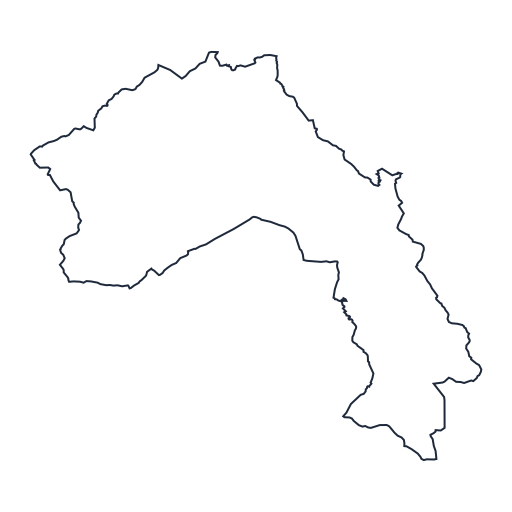 outline of Stulpicani, Suceava, Romania
{"feature_id": "2599482B89985911923271", "entity_name": "Stulpicani", "entity_type": "district", "adm_level": 2, "iso_a3": "ROU", "parent_name": "Romania", "parent_adm1": "Suceava", "projection": "equal_earth", "projection_center": [25.775, 47.4], "detail": "fine", "context": "isolated", "style": "outline", "palette": "slate", "viewbox_px": 512, "rotation_deg": 0, "n_neighbors": 0, "source": "geoboundaries", "source_scale": "gbopen_adm2", "svg_char_len": 5958}
<svg xmlns="http://www.w3.org/2000/svg" viewBox="0 0 512 512"><path d="M436.4,459.0L435.6,451.0L433.8,445.9L432.7,439.2L430.7,436.2L430.4,434.8L433.6,433.2L435.5,431.6L435.6,430.1L440.7,430.5L444.6,427.9L444.5,400.1L444.1,397.0L433.7,383.7L442.7,382.5L444.6,381.6L448.8,377.7L452.3,379.1L456.1,381.8L460.6,382.0L464.1,383.0L471.1,380.5L473.3,381.1L476.7,378.1L477.6,376.0L479.2,375.2L480.9,371.7L481.3,369.4L479.1,365.1L476.3,363.5L471.1,359.3L471.3,357.7L469.3,356.3L468.3,351.8L466.2,348.6L466.4,345.4L469.1,342.3L469.7,341.1L469.6,339.9L468.2,337.4L468.3,335.2L469.1,333.7L467.1,331.9L465.7,328.2L464.4,327.6L463.7,326.0L462.3,325.0L457.5,323.8L451.9,323.3L448.9,322.0L447.5,318.9L448.6,314.6L447.6,312.6L445.7,310.4L444.3,307.6L442.2,306.0L441.4,303.5L440.4,303.3L436.3,299.3L436.1,297.8L437.1,297.1L437.4,295.7L431.9,288.3L430.1,284.4L427.4,281.1L424.4,275.5L422.2,272.9L419.7,271.5L416.2,267.0L416.1,266.5L417.4,265.4L417.1,264.5L418.1,262.8L420.9,259.7L421.8,257.7L422.5,254.9L422.3,254.2L423.8,249.8L423.7,247.2L423.1,245.9L420.9,243.9L412.8,241.6L412.5,239.7L408.9,236.4L408.7,235.0L406.3,234.2L399.4,230.4L397.4,227.8L398.3,224.4L401.2,218.8L401.8,216.9L403.8,213.4L398.7,205.6L402.1,202.8L401.2,201.0L399.3,199.7L397.6,196.5L395.4,188.3L395.0,183.7L396.2,182.9L395.5,180.8L395.9,179.4L399.8,177.5L400.2,177.0L400.4,174.2L401.3,173.6L398.3,172.6L397.7,172.8L397.9,173.7L397.5,174.0L395.8,174.1L392.3,175.3L382.0,168.7L377.7,171.0L378.6,173.3L376.7,174.1L378.7,175.4L379.1,176.4L378.9,177.0L379.2,177.5L378.6,177.6L378.5,178.1L379.3,179.8L380.0,180.1L379.2,180.6L380.1,181.0L379.6,181.9L378.6,182.2L378.4,183.7L379.4,184.9L378.1,185.9L373.8,184.7L370.7,181.5L370.6,179.6L367.5,177.6L364.9,177.4L358.9,173.5L358.1,171.2L356.7,170.2L354.2,166.9L351.2,164.0L344.6,159.5L343.4,155.1L344.0,151.4L342.2,150.6L341.3,149.5L339.0,148.7L336.0,145.9L332.9,145.3L327.9,141.4L323.0,140.2L317.9,137.1L315.7,131.4L316.9,129.8L316.8,128.8L314.7,128.3L312.9,120.2L308.7,120.6L302.4,112.2L297.0,105.9L296.9,103.7L294.2,97.7L292.8,96.7L289.3,96.1L286.6,94.6L284.1,91.3L284.3,90.5L283.8,90.1L284.1,89.3L283.1,87.8L283.4,86.9L282.4,86.4L282.4,85.6L281.2,83.9L280.3,83.6L279.9,82.6L276.0,80.1L277.5,76.5L277.7,74.4L277.6,70.1L277.1,68.3L277.3,64.5L276.6,62.9L277.1,62.0L276.2,60.4L276.5,59.4L276.1,57.9L276.6,56.2L270.2,55.0L264.1,55.3L262.2,56.8L259.8,57.5L257.7,57.4L254.9,58.6L255.1,59.5L254.3,59.9L255.4,62.6L254.7,63.3L245.1,66.7L240.6,65.4L238.2,66.1L237.0,65.9L235.4,68.5L235.2,69.5L233.4,70.3L232.2,70.2L231.3,69.3L230.8,66.9L228.5,66.2L228.8,65.2L226.9,65.6L226.4,64.6L222.2,65.8L219.9,65.6L218.6,61.8L215.2,57.4L215.5,55.0L217.3,53.2L217.7,52.1L211.5,51.9L209.0,52.6L205.4,61.6L199.7,63.8L195.4,68.5L189.8,71.2L185.7,76.0L181.9,78.6L170.2,70.0L158.4,65.0L158.2,67.6L157.5,69.7L154.5,72.3L144.6,77.7L142.2,81.9L139.4,85.0L136.8,86.6L135.7,88.7L134.8,89.4L132.3,90.2L125.7,88.8L121.7,89.4L118.4,92.6L118.0,93.5L116.4,93.5L114.3,94.7L113.6,96.4L111.6,98.9L108.7,100.4L106.8,103.8L107.6,105.0L107.5,105.6L107.0,105.9L104.9,105.6L102.5,106.3L101.3,108.4L98.3,110.7L97.6,113.0L96.5,114.5L96.1,116.7L94.5,118.5L94.8,127.7L93.3,130.3L86.4,127.9L83.7,126.2L81.4,128.6L80.0,129.4L75.4,128.5L74.2,128.9L68.8,135.0L65.4,136.4L64.4,136.0L61.4,136.7L57.0,139.7L54.0,141.0L48.5,142.4L42.7,145.7L42.2,146.6L39.8,146.4L34.2,150.2L31.0,153.7L30.7,154.4L33.9,159.1L33.8,160.1L34.5,160.2L34.2,161.1L35.4,163.6L36.1,163.8L36.5,164.6L39.8,167.7L48.2,167.5L50.2,169.0L47.7,174.3L48.1,175.0L49.9,175.0L53.3,181.5L60.1,190.3L65.9,189.1L67.7,189.7L70.6,192.3L72.2,201.2L73.8,202.8L73.6,203.8L74.7,206.6L78.4,212.8L78.7,217.6L81.0,220.7L80.0,222.8L78.4,224.5L78.2,227.7L79.0,229.8L78.6,230.7L76.6,233.4L69.6,236.1L65.9,238.6L64.6,240.0L63.8,244.1L62.1,246.0L60.6,248.6L60.6,249.4L60.1,249.8L61.1,252.9L63.2,254.7L64.7,258.2L63.3,260.9L59.9,264.8L63.2,269.0L63.7,270.2L63.7,272.4L67.9,277.6L68.4,278.9L68.3,279.8L69.1,281.8L73.6,281.4L80.0,281.7L83.6,282.7L86.4,281.1L90.9,281.4L97.7,282.7L100.3,284.1L106.2,285.2L110.0,285.0L113.3,285.6L117.5,285.3L122.2,286.3L127.8,285.4L128.3,285.6L129.6,288.4L130.9,288.0L134.1,285.5L138.7,282.9L139.7,281.3L141.4,280.2L146.1,275.6L147.1,271.8L151.4,268.6L152.0,269.5L154.1,270.6L158.9,275.1L160.1,274.8L162.6,273.0L164.3,270.4L168.4,267.2L171.8,264.9L176.2,263.0L180.3,258.1L186.4,255.6L187.9,254.4L188.2,252.7L187.9,251.2L194.4,248.8L195.6,248.9L199.7,246.5L206.0,244.4L214.9,238.9L233.7,229.0L249.7,219.4L252.1,217.4L253.9,216.8L256.9,217.4L260.5,218.9L261.2,219.7L270.5,221.8L279.3,225.1L285.1,226.7L288.4,228.5L293.4,232.6L295.5,235.9L299.8,249.2L301.4,250.5L302.8,254.4L303.6,260.0L306.8,260.8L321.0,261.9L326.5,261.3L329.8,262.3L334.7,261.4L337.2,261.5L337.7,262.3L337.0,265.1L337.3,267.7L338.9,272.3L338.3,275.0L338.6,279.3L337.1,282.2L334.9,289.1L333.5,297.7L334.6,298.3L334.9,299.2L336.7,299.4L338.3,300.5L340.9,301.3L341.5,300.0L343.3,298.9L343.5,298.2L345.6,299.3L346.4,300.9L343.3,300.8L341.9,301.9L342.6,305.0L344.4,306.3L344.5,306.9L342.9,308.4L345.8,311.3L344.2,312.2L346.4,314.4L346.4,315.4L349.4,316.1L350.0,316.7L349.8,317.5L348.6,318.1L348.5,318.7L349.2,319.5L351.4,319.3L352.1,319.8L352.6,320.7L352.3,322.1L354.2,323.8L355.9,326.0L356.2,327.1L355.9,328.6L354.8,330.5L353.7,334.7L352.4,337.1L352.3,340.7L353.3,342.2L356.8,344.3L357.5,345.8L363.5,350.1L363.5,351.8L365.7,353.1L367.4,355.0L367.8,356.1L368.0,361.4L369.1,362.2L369.2,364.3L373.4,373.5L372.3,378.5L370.6,382.7L371.4,383.6L370.8,384.5L369.3,385.9L369.2,386.7L367.6,386.3L367.1,386.9L366.9,388.3L365.8,389.3L365.6,391.4L363.7,393.9L360.7,394.8L350.9,404.0L346.4,412.7L343.2,416.3L344.4,417.2L349.7,417.5L352.0,418.6L353.8,421.0L358.9,425.2L362.5,426.6L365.2,426.0L368.2,427.5L370.9,427.9L379.7,425.1L386.5,425.0L387.8,425.5L389.4,426.5L394.5,432.7L397.7,435.7L401.6,437.5L403.9,440.0L404.4,443.1L404.3,446.1L406.5,446.3L411.5,449.1L417.8,453.6L420.5,456.9L421.4,458.8L423.8,460.1L426.6,459.3L434.0,459.5L436.4,459.0Z" fill="none" stroke="#1e293b" stroke-width="2"/></svg>